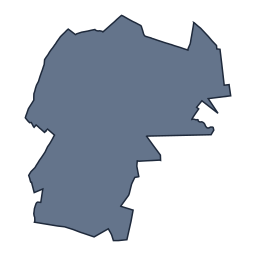 Pilu, Arad, Romania
{"feature_id": "2599482B37446473597152", "entity_name": "Pilu", "entity_type": "district", "adm_level": 2, "iso_a3": "ROU", "parent_name": "Romania", "parent_adm1": "Arad", "projection": "mercator", "projection_center": [21.361, 46.586], "detail": "fine", "context": "isolated", "style": "filled", "palette": "slate", "viewbox_px": 256, "rotation_deg": 0, "n_neighbors": 0, "source": "geoboundaries", "source_scale": "gbopen_adm2", "svg_char_len": 3261}
<svg xmlns="http://www.w3.org/2000/svg" viewBox="0 0 256 256"><path d="M133.1,210.1L131.7,209.7L129.3,208.9L126.9,208.2L120.8,206.3L120.7,206.2L123.6,202.2L126.5,198.2L128.6,195.3L129.2,193.8L131.6,184.1L132.6,181.9L134.8,177.4L138.3,176.8L138.8,176.6L136.8,166.2L137.0,163.6L137.3,160.9L139.0,161.2L146.0,160.8L152.7,160.5L159.5,160.1L160.6,160.4L160.4,155.1L153.2,145.4L146.6,136.3L147.0,136.1L174.5,135.5L198.0,135.0L211.1,134.7L213.8,130.1L213.2,127.6L212.8,127.2L212.2,127.1L210.4,127.1L208.9,127.9L208.4,128.0L207.2,127.9L206.5,127.3L205.6,126.2L204.7,124.1L204.2,123.4L203.5,122.7L202.3,122.0L201.4,121.8L200.3,122.0L199.4,121.8L199.2,121.7L198.3,121.1L198.0,119.8L197.6,119.7L197.1,119.6L196.5,119.8L195.9,119.8L195.0,119.5L193.9,119.2L193.4,119.2L192.8,119.2L191.9,119.4L192.0,119.0L192.6,117.9L195.1,114.1L198.7,108.9L196.6,107.3L197.0,106.8L201.9,100.8L218.0,113.3L208.2,98.6L230.7,95.8L229.4,87.0L229.1,84.8L229.1,84.6L228.4,84.7L224.2,85.2L221.7,63.5L220.0,49.3L216.8,48.9L216.5,45.5L214.3,43.2L212.1,40.9L208.3,36.4L200.6,28.2L198.1,26.2L194.1,22.7L193.7,22.5L193.8,22.8L193.6,23.8L193.2,26.6L192.6,30.0L192.1,33.0L191.6,35.9L191.0,39.2L190.5,42.2L190.1,44.1L189.8,44.7L188.9,46.8L188.1,48.6L187.9,50.1L186.8,49.7L183.7,48.7L180.3,47.5L177.0,46.5L173.8,45.5L171.7,44.7L169.4,44.1L169.0,43.9L166.2,43.1L164.6,42.6L161.0,41.4L157.3,40.2L153.6,38.9L151.9,38.4L151.2,38.0L149.9,37.6L149.0,37.4L145.4,36.3L145.0,36.0L144.7,35.8L144.5,35.6L144.3,35.3L143.7,34.3L142.6,30.4L141.4,26.6L141.3,26.2L141.0,25.9L140.7,25.5L140.1,25.2L138.4,24.3L135.4,22.7L133.2,21.7L131.7,20.9L128.4,19.1L125.8,17.6L122.8,15.9L121.5,15.4L120.2,16.5L116.9,19.4L114.5,21.7L111.5,24.3L108.6,26.9L105.9,29.3L102.9,31.9L101.9,31.2L101.0,31.1L100.3,30.9L99.7,30.8L99.0,30.8L98.4,31.0L97.1,30.8L96.1,30.4L95.8,30.4L95.2,29.9L94.9,29.5L93.9,29.7L91.0,30.3L88.1,31.0L84.9,31.6L81.6,32.2L78.6,33.2L76.7,33.8L75.5,34.6L75.3,34.5L71.2,31.3L68.2,29.1L67.5,29.8L66.9,30.2L64.8,32.4L62.6,34.5L60.5,36.6L58.8,39.0L57.0,41.5L55.4,44.1L55.0,44.5L53.7,46.4L52.5,48.1L51.4,49.4L49.5,52.1L48.0,54.7L46.3,57.0L44.6,59.6L44.4,61.9L44.2,64.4L43.2,67.3L42.3,70.1L41.5,72.2L40.8,74.2L39.8,77.1L39.6,77.8L38.5,81.4L36.7,84.8L36.5,85.2L35.5,88.2L34.8,91.1L33.9,93.8L33.8,96.9L33.8,100.1L32.5,102.2L31.1,104.4L29.7,106.6L28.4,108.7L27.6,111.0L26.8,113.4L26.0,115.5L25.3,117.8L26.5,119.3L27.9,121.0L29.6,122.7L31.3,122.5L33.4,126.5L34.1,127.3L35.3,125.9L36.1,125.0L38.2,126.7L39.8,128.3L40.3,128.6L42.4,130.5L44.5,132.4L45.9,131.2L45.6,131.0L47.6,129.1L50.0,131.2L52.2,133.1L53.7,134.4L54.1,134.7L54.5,135.1L54.0,135.9L52.3,139.2L51.0,141.5L49.7,143.7L47.6,146.7L46.3,149.4L45.1,152.0L43.2,154.9L41.3,157.7L39.8,159.8L39.5,160.2L37.7,163.2L36.3,165.3L35.0,167.6L32.9,169.7L31.0,171.6L29.8,173.5L28.7,175.4L29.6,178.1L30.3,180.8L30.7,182.1L31.5,182.2L34.2,192.6L42.8,189.0L40.8,202.2L40.7,202.4L37.7,202.1L36.9,202.5L36.1,203.5L35.2,206.1L34.4,208.7L34.1,211.4L33.8,213.6L34.1,215.7L34.7,217.3L34.8,219.6L34.8,221.1L34.6,221.6L34.4,222.2L53.4,225.3L57.7,226.0L64.6,226.8L73.1,229.5L78.8,231.7L80.7,232.4L83.8,233.4L94.1,236.9L108.3,228.8L110.9,233.4L111.7,235.1L113.4,240.6L118.2,240.6L126.9,239.7L127.8,235.7L131.0,221.4L132.7,212.3L133.1,210.1Z" fill="#64748b" stroke="#1e293b" stroke-width="1.5"/></svg>